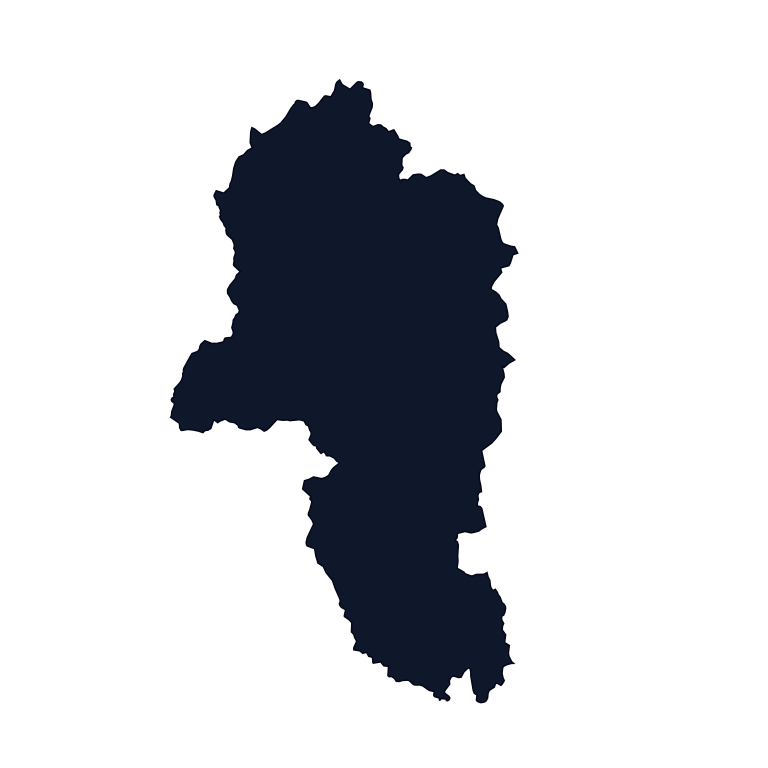 Kim Boi, Hòa Bình, Vietnam (Natural Earth projection), rotated 24°
{"feature_id": "81297802B6982011035243", "entity_name": "Kim Boi", "entity_type": "district", "adm_level": 2, "iso_a3": "VNM", "parent_name": "Vietnam", "parent_adm1": "Hòa Bình", "projection": "natural_earth1", "projection_center": [105.524, 20.675], "detail": "fine", "context": "isolated", "style": "filled", "palette": "ink", "viewbox_px": 768, "rotation_deg": 24, "n_neighbors": 0, "source": "geoboundaries", "source_scale": "gbopen_adm2", "svg_char_len": 6170}
<svg xmlns="http://www.w3.org/2000/svg" viewBox="0 0 768 768"><g transform="rotate(24 384 384)"><path d="M202.6,501.1L212.6,503.0L213.8,504.3L215.0,506.8L217.1,508.7L218.2,508.7L223.1,505.4L227.7,503.8L233.9,502.4L238.3,502.1L239.4,499.4L242.1,497.6L243.9,495.0L243.1,487.2L243.4,485.8L247.7,487.0L249.2,484.6L253.2,480.6L258.5,481.3L263.2,480.1L267.4,481.0L269.0,482.7L269.9,482.8L276.3,481.9L280.4,480.1L286.0,475.1L289.7,475.0L293.7,475.8L295.4,474.0L297.1,470.6L300.7,459.9L305.9,458.4L310.8,456.0L312.8,455.8L321.3,451.0L326.0,450.2L329.4,452.9L332.1,453.0L334.8,456.2L336.7,457.4L338.0,459.6L338.2,465.4L343.7,468.2L345.1,468.6L347.5,468.0L348.7,470.0L354.6,473.0L356.8,470.1L360.7,472.9L363.6,471.7L366.3,471.7L369.0,472.0L372.0,473.6L375.6,474.1L371.9,481.2L371.0,484.5L370.8,489.0L370.4,490.4L368.5,493.2L365.7,495.8L357.4,497.6L354.7,501.2L350.7,504.7L352.4,513.0L362.9,516.5L362.9,518.7L363.3,519.3L365.5,520.2L366.2,521.6L367.4,529.1L367.5,532.6L368.2,534.5L373.5,537.5L376.7,540.5L376.4,555.6L377.4,560.5L378.7,562.5L379.8,563.2L387.6,562.6L391.7,568.8L396.5,574.4L402.8,575.4L407.8,579.8L417.0,584.6L422.4,590.4L431.7,598.9L432.5,600.7L432.7,603.1L433.6,604.1L436.1,605.4L440.8,605.8L441.9,611.5L442.4,612.5L448.1,613.6L451.7,615.2L455.1,623.7L458.3,625.1L460.4,627.6L463.7,630.1L463.7,637.1L464.5,639.1L470.7,637.6L474.1,638.7L477.2,636.2L480.8,639.0L484.6,638.3L487.2,643.1L487.9,643.3L494.0,639.2L498.4,641.5L503.0,640.1L506.2,648.8L507.8,649.3L510.0,648.1L513.3,648.7L516.1,650.6L519.0,649.5L521.5,647.3L526.1,644.9L527.7,644.7L532.5,646.4L534.3,646.5L539.2,644.4L542.1,644.0L550.0,645.5L555.1,644.5L555.9,647.9L557.2,649.0L562.5,648.4L563.1,650.1L563.6,650.2L564.0,648.6L564.9,647.8L569.0,646.6L569.5,646.7L569.8,647.8L570.8,647.5L571.6,646.7L572.0,644.8L571.7,644.0L570.4,643.0L565.5,641.8L564.4,640.7L564.3,639.4L566.1,631.6L564.4,628.5L564.5,624.8L565.3,623.3L566.5,622.4L571.5,621.8L573.7,620.5L574.1,614.6L575.8,610.3L577.0,608.7L578.4,609.0L580.5,611.9L582.2,615.6L590.2,627.7L592.3,629.8L595.5,630.3L597.0,635.2L598.2,635.9L599.9,636.0L602.1,635.7L604.7,634.0L606.1,632.2L606.4,628.9L604.9,624.4L604.7,621.2L608.1,616.0L607.7,612.8L608.0,612.0L609.0,611.3L613.4,611.7L614.0,610.2L614.5,606.1L612.2,604.0L609.6,600.5L607.7,594.6L608.4,592.8L609.6,591.2L613.8,587.6L616.0,586.5L613.6,585.8L609.1,582.2L607.1,579.3L604.8,571.9L599.7,571.2L599.1,570.3L597.1,563.6L592.5,560.9L591.7,559.9L590.7,556.8L590.7,554.1L587.3,551.5L586.3,549.2L586.1,547.9L587.3,546.4L587.3,543.7L586.4,539.7L585.5,538.0L583.2,536.3L580.9,535.8L576.8,531.6L573.8,529.9L572.4,528.3L569.2,526.3L567.8,528.1L566.7,528.0L564.7,526.7L563.4,525.3L560.7,520.6L557.5,517.9L554.8,514.4L552.7,517.2L545.7,520.5L542.9,523.4L541.3,524.0L535.4,524.4L533.6,523.4L525.7,522.6L523.7,515.9L521.1,510.9L517.5,501.1L515.2,498.3L512.5,497.9L513.3,494.6L511.9,490.6L518.0,485.8L524.2,484.5L527.1,482.5L530.5,479.6L532.1,476.6L535.1,472.9L523.9,457.9L521.8,456.9L519.3,457.4L518.5,456.9L517.5,453.9L517.2,451.1L515.0,447.8L514.9,444.5L516.8,442.7L513.5,437.2L510.1,432.6L508.3,429.1L507.7,426.9L507.3,422.7L509.3,419.3L509.5,417.9L500.2,405.1L506.4,394.1L508.5,387.7L510.4,379.5L505.3,369.0L498.3,363.5L496.8,361.3L494.6,355.1L494.5,352.3L492.6,350.7L491.6,349.1L491.4,346.5L492.4,345.5L493.1,343.9L491.6,340.3L490.8,336.6L491.1,329.1L489.6,326.2L484.7,319.9L486.9,320.1L489.7,314.1L493.6,308.8L484.6,305.8L479.7,305.6L474.5,304.0L473.9,303.4L471.6,299.0L465.3,291.8L462.6,286.8L465.5,281.0L469.4,276.6L470.0,275.3L469.9,271.9L467.1,267.3L462.7,261.5L456.2,258.7L452.7,255.9L449.0,254.7L443.4,254.0L442.7,252.4L442.5,251.1L442.8,245.7L446.1,234.1L443.9,231.7L443.7,230.2L450.0,225.1L450.2,222.1L449.2,213.5L452.9,210.1L447.5,205.6L443.8,206.6L437.3,207.2L434.9,207.0L431.9,204.4L424.9,195.1L421.9,192.7L420.6,186.6L420.5,172.8L419.0,171.7L416.1,170.8L414.0,170.7L409.4,171.0L401.4,172.7L397.8,172.7L393.7,172.0L388.8,169.9L385.7,166.5L381.3,165.9L374.4,163.0L371.8,160.1L368.8,162.7L365.8,161.9L363.8,164.5L356.1,165.0L351.9,164.1L348.8,165.4L342.4,174.7L338.7,178.4L332.7,177.4L330.1,178.3L325.6,181.1L323.2,187.3L322.4,188.3L320.2,188.5L318.0,189.5L315.8,191.6L313.8,190.1L312.4,187.8L312.0,185.9L313.6,180.8L313.3,178.6L311.1,176.9L308.7,170.5L308.7,169.4L310.4,165.0L312.4,162.6L313.1,158.7L312.9,157.1L311.4,156.8L309.6,153.6L306.5,152.9L298.0,154.2L295.7,152.0L289.6,147.8L285.6,151.8L281.9,149.9L278.4,149.6L275.8,148.7L273.1,149.6L269.2,153.4L263.9,152.3L263.1,147.1L261.0,145.6L260.5,136.0L259.3,132.6L256.2,129.1L253.0,123.0L251.5,121.3L243.8,122.2L243.1,118.7L241.9,117.7L240.5,117.4L237.8,118.2L236.7,119.3L233.3,128.2L232.8,128.6L224.8,127.6L223.4,127.1L219.8,124.3L218.3,127.3L218.1,129.8L219.5,136.0L218.7,143.3L213.3,144.6L212.5,145.4L210.2,154.2L208.8,157.8L207.5,159.6L205.5,161.3L203.8,161.4L199.0,158.3L198.1,158.3L190.3,159.8L189.2,160.5L188.4,162.4L188.7,164.5L188.0,165.5L187.0,169.8L185.7,180.4L183.5,187.8L181.9,190.8L173.6,202.9L170.8,206.0L162.0,203.6L159.0,203.6L159.8,208.0L163.6,217.9L167.6,221.9L164.3,226.3L162.6,231.7L159.2,235.6L158.6,239.1L158.3,241.7L159.1,248.3L161.2,255.7L162.2,261.4L162.0,263.8L163.1,267.4L160.0,274.8L152.2,275.7L152.0,280.8L153.0,282.2L156.1,284.5L158.3,288.1L161.1,288.5L161.7,289.8L163.6,291.3L164.4,292.7L164.6,294.5L166.2,296.2L166.3,297.0L165.6,297.6L167.5,299.7L171.7,302.1L173.4,304.0L176.6,305.8L177.2,308.1L178.7,310.4L180.2,311.6L186.6,313.6L190.0,316.9L191.0,318.5L191.6,321.2L193.7,322.8L195.1,324.8L195.6,329.8L197.1,332.8L198.0,336.2L198.7,336.9L207.0,339.8L205.0,344.4L205.3,348.7L203.2,355.9L202.7,361.4L204.3,364.8L207.5,366.8L211.4,370.1L214.0,371.6L218.0,371.8L222.0,375.6L222.4,378.2L220.7,381.1L220.8,384.0L220.3,386.9L221.3,389.8L222.1,394.4L225.0,397.5L225.9,399.5L225.7,403.4L220.3,406.6L220.0,407.5L220.2,410.3L219.6,411.3L214.7,415.0L210.1,417.0L202.7,417.3L200.6,422.0L200.5,424.5L201.2,427.1L200.6,430.0L196.1,434.4L194.7,451.0L195.1,452.9L195.9,454.1L195.9,456.3L197.1,458.8L197.5,462.9L196.9,466.3L194.4,473.9L196.0,475.7L196.1,479.1L197.6,481.5L196.2,482.9L196.0,484.6L197.2,486.1L199.8,486.6L200.9,488.3L201.3,495.0L202.8,499.9L202.6,501.1Z" fill="#0f172a" stroke="#020617" stroke-width="1.5"/></g></svg>